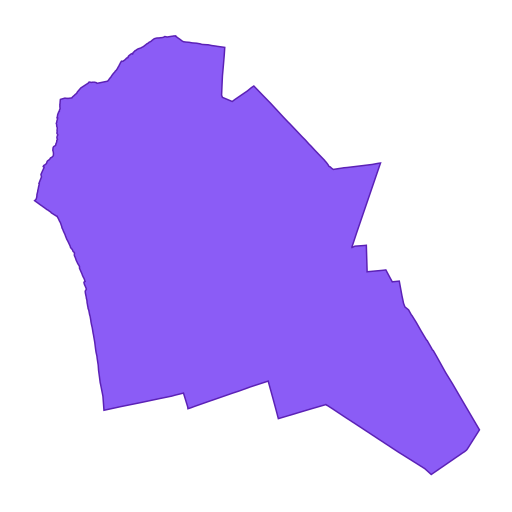 Buzias, Timis, Romania (orthographic projection), rotated 179°
{"feature_id": "2599482B41254091250904", "entity_name": "Buzias", "entity_type": "district", "adm_level": 2, "iso_a3": "ROU", "parent_name": "Romania", "parent_adm1": "Timis", "projection": "orthographic", "projection_center": [21.63, 45.631], "detail": "fine", "context": "isolated", "style": "filled", "palette": "violet", "viewbox_px": 512, "rotation_deg": 179, "n_neighbors": 0, "source": "geoboundaries", "source_scale": "gbopen_adm2", "svg_char_len": 6075}
<svg xmlns="http://www.w3.org/2000/svg" viewBox="0 0 512 512"><g transform="rotate(179 256 256)"><path d="M448.8,416.0L448.9,415.7L449.0,415.3L449.0,415.1L449.0,414.7L449.2,413.2L449.2,412.4L449.4,411.3L449.5,410.3L449.4,409.9L449.5,409.0L449.4,407.8L449.4,407.3L449.3,407.1L449.3,406.7L450.1,405.0L450.1,404.7L450.1,404.0L450.8,403.5L451.0,403.1L451.1,402.5L451.1,402.3L451.4,401.9L451.8,401.0L451.9,400.3L452.3,398.3L452.5,397.9L452.6,397.6L452.5,397.4L452.4,397.3L452.0,397.8L451.9,397.6L452.1,396.5L452.2,395.9L452.5,395.2L452.8,394.2L452.9,393.1L453.3,392.4L453.4,392.2L453.3,391.8L453.0,390.8L453.0,390.4L453.0,389.7L453.0,389.2L452.6,388.2L452.5,387.9L452.5,386.8L452.6,386.1L452.8,385.2L452.7,384.9L452.6,384.6L452.6,384.4L452.7,384.1L452.7,383.5L452.7,383.0L452.9,382.7L452.9,382.1L452.4,381.3L452.1,380.7L452.2,380.2L452.6,379.5L452.8,378.9L453.0,378.0L452.9,377.2L452.7,376.7L452.5,376.4L452.4,376.2L452.5,376.0L453.0,375.3L453.2,374.9L453.2,374.1L453.4,373.3L453.6,372.6L454.1,371.7L454.3,371.1L454.2,370.7L454.3,370.4L454.5,370.1L454.7,369.9L455.4,369.5L456.2,369.0L456.5,368.8L457.1,367.5L457.1,366.8L457.2,366.1L457.3,365.5L457.3,365.1L457.0,364.2L456.7,362.3L456.8,361.4L456.8,361.2L456.8,360.6L456.8,360.2L457.1,359.6L457.6,359.0L457.8,358.9L458.4,358.3L458.8,358.0L459.7,357.7L460.0,357.2L460.2,356.9L460.8,356.1L462.9,354.6L463.3,353.9L463.4,353.6L463.6,353.0L463.7,352.5L463.9,352.2L464.7,351.4L465.7,350.7L466.5,350.3L466.8,350.0L467.2,349.1L466.3,348.6L466.4,348.1L469.6,341.3L469.1,338.8L470.9,334.5L471.8,332.2L471.4,331.8L472.1,329.4L472.6,326.9L473.0,325.5L473.2,324.0L473.7,322.3L474.0,321.0L474.0,320.2L474.3,318.3L475.0,316.4L476.4,315.2L472.8,312.5L470.3,310.6L466.6,307.9L464.3,306.1L463.3,305.6L462.7,305.1L460.5,303.5L459.9,302.7L454.7,299.3L454.1,299.2L454.0,298.7L453.1,297.1L451.8,294.2L451.0,292.8L450.2,290.3L449.7,288.8L449.5,287.5L448.7,285.9L448.2,284.4L446.6,280.8L446.1,279.2L445.6,277.9L445.3,277.2L445.2,276.7L444.6,275.4L444.3,275.0L443.5,273.3L441.6,269.1L441.5,268.8L441.5,268.3L441.3,267.9L441.1,267.5L440.4,266.5L440.1,266.3L439.9,266.0L439.6,265.7L439.3,265.1L439.1,264.3L438.9,263.9L438.6,263.5L437.8,262.9L437.5,262.4L437.4,262.0L437.6,261.5L437.6,259.9L437.6,259.6L437.3,258.9L436.6,257.3L436.3,256.3L435.8,254.7L434.8,252.6L434.5,251.8L433.7,250.4L433.1,249.6L433.0,249.2L432.6,248.3L432.6,248.0L432.7,247.5L432.7,247.0L432.6,246.5L432.0,245.2L431.2,243.2L430.8,242.3L430.3,241.1L429.9,239.8L429.1,238.0L428.3,236.5L427.6,234.4L427.3,233.5L428.0,233.3L428.3,233.0L428.5,232.6L428.2,231.1L427.9,230.2L427.2,228.7L427.1,228.3L426.8,227.7L426.3,226.3L426.2,226.0L426.2,225.8L426.4,225.3L426.8,224.8L427.2,224.2L427.4,223.4L427.2,221.6L427.1,221.1L426.7,219.1L426.4,217.7L426.4,216.9L426.1,215.8L425.8,214.2L425.7,212.2L425.3,210.0L425.2,208.9L425.0,208.4L424.8,206.5L424.1,204.5L423.7,202.1L423.4,200.3L422.9,198.5L422.2,193.9L422.2,193.3L421.7,190.4L421.0,187.2L420.2,181.6L419.9,180.1L418.7,172.3L418.0,165.6L417.7,163.3L417.6,162.6L416.8,158.6L416.6,156.4L415.7,149.8L415.4,144.4L414.8,139.3L414.0,132.2L413.5,129.7L411.5,118.5L410.7,104.4L394.2,107.7L374.1,111.4L354.5,115.2L342.6,117.4L339.7,118.2L330.9,120.2L326.9,106.3L326.7,104.5L324.0,105.3L320.1,106.7L303.2,112.3L302.5,112.5L281.8,119.3L275.6,121.2L264.0,125.2L246.0,130.7L241.4,112.8L237.9,98.8L236.5,93.0L203.2,102.3L189.9,105.9L188.8,106.1L188.3,105.8L188.3,106.0L181.9,101.7L170.3,93.7L154.2,82.8L149.1,79.3L137.4,71.3L117.0,57.4L107.9,51.5L90.9,40.4L84.6,34.5L52.9,55.5L50.9,56.7L48.9,58.3L48.0,59.4L35.6,78.3L37.3,81.3L53.2,109.5L61.8,124.9L68.5,136.2L76.7,151.6L80.1,157.8L80.5,158.5L81.2,158.9L81.8,160.2L86.4,168.6L86.9,168.9L92.2,178.1L97.0,186.9L101.2,193.9L101.6,194.2L104.4,199.5L108.0,202.5L109.3,206.1L110.0,209.8L110.8,213.9L113.2,228.4L120.2,227.8L121.9,231.0L126.4,239.8L129.2,239.5L145.2,238.3L145.2,241.3L145.5,264.8L147.8,264.6L156.9,264.1L159.9,262.8L160.0,263.1L155.0,277.4L129.9,346.8L133.0,346.4L138.2,345.5L140.1,345.3L163.3,342.9L166.5,342.7L169.1,342.3L171.6,342.0L171.8,342.0L172.2,341.9L177.2,341.2L178.6,342.2L180.4,343.9L181.1,344.1L181.4,344.3L181.6,344.6L182.5,346.2L184.1,348.4L185.5,350.0L185.7,350.4L191.7,356.8L195.3,360.7L199.1,365.0L201.0,366.9L204.6,371.1L207.8,374.4L220.4,388.2L220.9,388.6L226.5,394.7L238.7,408.4L245.7,415.8L255.2,426.0L257.7,424.4L261.7,421.2L268.1,417.0L274.3,412.9L277.1,410.9L286.8,415.2L287.6,417.4L287.0,427.6L286.4,436.8L285.2,448.0L284.2,457.9L283.6,465.1L284.1,465.2L291.7,466.4L292.0,466.5L296.6,467.2L300.0,468.0L302.8,468.2L306.4,468.5L308.1,469.1L311.7,469.8L316.1,470.2L318.9,470.8L322.2,471.1L324.7,471.5L325.9,472.1L328.4,474.1L330.8,475.8L331.6,476.5L332.5,477.0L332.5,477.5L334.9,477.4L335.7,477.2L336.9,477.1L341.0,476.5L343.1,477.0L343.5,477.0L343.9,476.8L344.0,476.6L344.7,476.3L345.6,476.1L346.1,476.0L348.0,475.9L348.9,475.7L349.5,475.7L350.2,475.7L351.2,475.7L353.4,475.2L354.3,474.8L354.8,474.4L356.1,473.5L356.8,472.8L357.7,472.2L359.1,471.6L359.8,471.0L360.3,470.6L361.2,470.1L361.4,470.1L361.7,469.8L364.6,467.6L365.4,467.1L366.7,466.5L367.0,466.3L367.5,466.0L369.9,465.3L370.8,464.9L371.9,464.2L372.5,463.7L373.4,463.4L373.7,462.9L374.0,462.6L374.8,462.0L375.5,461.2L375.7,460.2L375.8,460.1L376.1,460.2L376.4,460.4L376.6,460.5L377.5,460.1L378.4,459.4L379.7,458.4L380.2,457.8L380.4,457.4L380.4,457.0L380.7,456.5L380.8,456.4L381.6,456.3L382.0,456.1L382.7,455.3L384.0,454.1L384.7,453.7L385.4,453.2L385.6,453.1L386.0,453.0L386.4,453.0L386.9,452.9L387.1,452.9L387.2,453.0L388.1,451.7L388.3,451.1L389.1,449.8L389.7,448.5L390.5,447.3L391.3,445.8L392.2,444.5L392.5,444.1L392.9,443.7L393.3,443.5L393.4,443.4L393.5,443.2L394.0,442.4L395.5,440.9L396.3,439.8L396.6,439.5L397.6,438.0L397.8,437.6L398.0,437.4L399.2,436.1L400.1,434.8L401.3,433.4L411.9,431.4L412.6,432.1L414.4,432.6L416.6,432.6L417.6,432.4L418.0,432.5L419.1,432.8L419.9,432.8L420.7,431.8L428.2,427.1L431.5,423.4L432.1,422.6L432.4,421.8L432.8,421.5L433.9,420.7L435.0,419.6L435.9,418.9L436.9,418.0L437.3,417.3L440.7,416.9L442.2,416.9L444.4,417.2L448.8,416.0Z" fill="#8b5cf6" stroke="#5b21b6" stroke-width="1.5"/></g></svg>